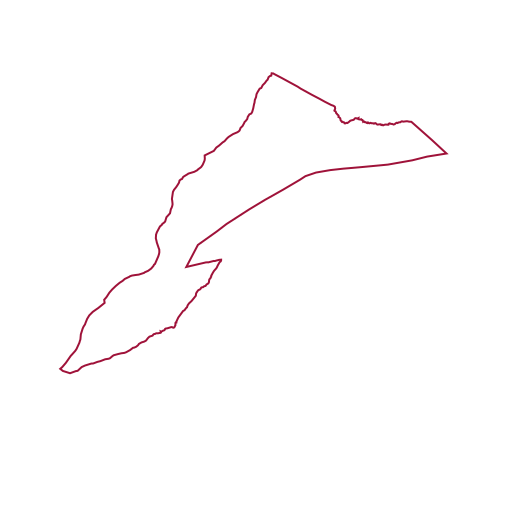 outline of Bomongo, Équateur, Democratic Republic of the Congo, rotated 27°
{"feature_id": "63176286B36806520086654", "entity_name": "Bomongo", "entity_type": "district", "adm_level": 2, "iso_a3": "COD", "parent_name": "Democratic Republic of the Congo", "parent_adm1": "Équateur", "projection": "albers", "projection_center": [18.302, 0.781], "detail": "fine", "context": "isolated", "style": "outline", "palette": "rose", "viewbox_px": 512, "rotation_deg": 27, "n_neighbors": 0, "source": "geoboundaries", "source_scale": "gbopen_adm2", "svg_char_len": 4769}
<svg xmlns="http://www.w3.org/2000/svg" viewBox="0 0 512 512"><g transform="rotate(27 256 256)"><path d="M189.1,392.9L190.4,391.3L191.4,389.1L191.6,387.5L193.2,385.0L195.1,383.2L195.9,382.1L196.4,381.3L197.0,378.1L197.7,376.2L200.0,373.9L200.1,372.8L200.6,371.8L201.5,371.2L201.7,370.8L202.0,370.4L202.6,369.9L203.6,369.5L205.4,368.1L205.8,367.8L206.0,367.4L205.3,366.5L205.9,366.5L207.0,364.8L208.0,363.8L208.2,363.0L208.1,362.2L208.5,361.6L209.8,360.7L212.8,357.8L213.5,357.5L214.8,357.5L215.6,356.7L215.6,354.1L215.1,353.3L214.6,352.0L214.7,351.7L214.8,351.5L214.8,351.4L215.2,351.3L214.9,350.4L214.8,349.8L214.7,346.0L216.0,338.1L216.9,336.8L217.3,334.3L217.8,333.0L217.7,332.5L217.5,331.0L217.8,328.7L219.0,325.4L220.4,318.8L220.3,318.4L219.7,316.8L219.6,315.4L219.7,315.2L219.8,314.2L220.0,313.0L220.3,312.3L221.1,311.5L221.5,310.4L221.6,309.0L222.0,308.5L223.0,307.8L223.5,306.5L224.6,305.6L224.9,303.7L225.8,302.4L226.0,301.5L225.9,300.5L225.6,299.8L225.1,298.4L225.1,298.0L225.1,297.7L225.5,296.6L225.3,295.5L225.5,294.9L225.0,293.6L225.2,292.5L225.1,291.7L225.3,288.7L225.5,287.7L226.2,285.1L226.3,283.8L226.2,281.8L226.4,278.0L227.0,276.8L226.9,275.7L226.6,275.1L225.5,275.8L225.1,276.0L222.8,278.0L222.2,278.6L221.6,279.2L220.6,279.6L216.3,283.4L215.7,283.6L214.2,284.5L198.9,297.4L199.2,272.5L209.9,252.0L215.2,240.9L228.7,217.7L238.4,202.1L249.9,184.8L260.6,168.0L263.8,162.4L271.6,154.4L283.1,145.8L294.2,138.5L302.1,133.6L309.3,129.1L325.4,118.9L332.0,114.7L351.8,99.8L363.4,89.7L369.6,85.2L379.2,78.2L360.1,72.8L333.5,65.9L331.4,66.8L329.8,67.2L329.1,67.5L326.1,69.5L324.9,69.7L324.4,70.2L323.9,71.3L322.7,72.0L321.7,73.3L321.0,73.3L320.1,74.5L319.8,75.5L318.9,76.4L317.4,76.5L316.4,77.0L314.9,77.1L314.2,77.9L314.5,78.7L314.3,79.0L311.8,80.0L310.8,80.8L309.9,81.9L308.8,81.8L308.3,82.4L307.5,82.4L307.2,82.1L305.8,82.9L304.9,83.6L304.3,83.8L303.4,83.7L302.6,83.4L302.1,83.4L301.3,84.0L301.3,84.3L300.9,84.6L299.9,84.6L299.2,85.1L298.9,85.2L297.7,85.3L297.0,86.2L296.2,86.4L295.6,86.1L295.2,86.4L295.0,87.0L294.5,87.1L294.2,86.7L293.7,87.1L292.3,87.1L292.0,87.4L291.1,87.1L290.6,87.8L290.1,87.1L289.7,87.1L289.1,86.5L288.4,86.7L288.0,86.5L287.6,86.4L287.3,86.9L286.6,87.2L285.1,87.6L284.8,87.4L284.6,86.6L283.7,87.7L282.4,87.8L281.6,88.6L281.3,90.1L281.0,90.5L279.0,92.2L278.8,92.6L278.5,92.8L278.0,94.2L277.1,96.0L276.3,96.2L275.6,97.0L275.4,97.3L274.7,97.6L274.0,97.0L273.4,97.0L272.8,97.3L272.0,97.1L271.7,97.5L269.7,96.6L269.0,95.6L268.9,95.5L268.4,95.0L266.9,94.6L266.4,94.7L265.9,93.5L265.4,93.2L264.2,93.0L263.5,92.5L262.7,92.4L261.4,91.1L260.0,91.0L259.7,90.6L259.8,89.7L259.6,88.7L258.5,87.2L258.1,87.1L256.7,87.0L254.5,87.3L251.2,87.3L247.3,87.3L241.4,87.1L232.5,87.0L219.8,86.6L216.3,86.2L198.1,85.7L189.4,85.6L188.6,85.5L188.4,85.6L187.0,86.1L187.7,88.4L186.8,89.2L186.0,90.9L186.3,93.6L185.8,95.0L185.4,97.7L184.4,100.8L184.4,103.9L183.3,105.2L183.0,109.2L183.0,111.6L183.9,114.4L184.1,117.1L184.1,117.4L185.1,120.2L185.3,121.5L186.5,125.7L187.2,129.4L187.1,131.2L185.8,132.8L185.5,135.7L186.0,138.0L185.5,140.4L185.0,141.8L185.1,143.2L185.0,146.3L184.1,148.9L184.4,151.6L184.1,152.6L183.3,154.1L180.2,157.8L178.9,160.0L178.2,161.2L177.5,162.4L176.7,164.6L176.4,165.8L175.9,167.8L175.2,169.2L174.8,169.7L173.0,174.3L171.4,177.4L170.9,180.3L170.7,181.5L164.6,189.7L166.3,192.7L166.8,194.3L167.0,197.2L167.1,198.9L166.8,201.3L166.6,202.0L164.9,205.4L164.8,206.1L162.8,209.0L158.3,213.3L158.0,214.0L155.6,217.9L155.2,218.8L155.1,221.0L154.2,222.0L153.6,223.5L154.1,225.6L153.9,228.3L153.6,230.9L152.9,234.2L152.9,236.6L155.2,243.4L156.2,244.7L157.7,247.0L158.3,248.1L158.7,249.7L158.9,251.2L158.9,253.0L160.0,257.0L158.6,262.1L159.4,266.6L158.6,268.8L158.0,269.7L157.9,271.1L157.0,273.3L156.9,280.0L157.3,282.6L157.6,283.1L158.7,285.7L160.8,288.1L161.4,288.9L165.9,293.3L166.9,294.2L168.2,296.6L168.4,297.3L168.7,298.3L169.1,300.7L169.6,308.9L169.1,310.0L169.1,311.5L168.3,314.8L166.6,318.2L164.3,321.0L163.9,321.9L160.0,325.8L156.9,327.9L154.3,329.8L152.9,331.3L152.6,332.0L149.5,336.0L148.4,338.8L146.8,341.5L146.5,342.1L144.7,346.3L143.0,351.2L142.0,355.2L141.6,359.1L141.6,359.3L141.4,360.7L140.6,363.9L142.4,366.5L139.0,374.1L137.9,376.1L135.9,379.9L134.4,384.6L134.1,388.7L134.5,393.2L134.7,394.6L134.4,397.1L134.5,399.4L135.5,405.3L137.3,409.8L137.5,410.5L137.6,411.5L138.0,413.5L138.3,420.3L138.0,422.7L136.6,428.0L136.3,428.9L135.1,437.5L133.8,442.9L132.8,445.4L136.1,446.1L142.1,445.1L143.5,444.9L147.7,440.4L149.2,439.3L151.1,434.1L153.3,431.3L153.6,431.0L158.1,426.6L159.7,425.7L162.7,422.4L164.9,420.5L166.1,419.2L168.5,416.5L171.4,414.4L172.3,413.4L173.6,410.2L174.3,409.0L177.6,406.0L180.2,403.8L182.1,402.5L182.7,402.1L184.0,400.7L186.5,397.0L188.1,393.6L189.1,392.9Z" fill="none" stroke="#9f1239" stroke-width="2"/></g></svg>